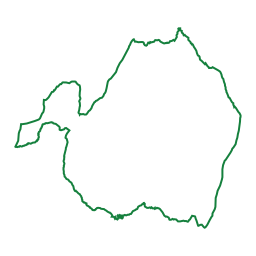 Saboyá, Boyacá, Colombia (Equal Earth projection)
{"feature_id": "7082276B63710886771215", "entity_name": "Saboyá", "entity_type": "district", "adm_level": 2, "iso_a3": "COL", "parent_name": "Colombia", "parent_adm1": "Boyacá", "projection": "equal_earth", "projection_center": [-73.781, 5.705], "detail": "fine", "context": "isolated", "style": "outline", "palette": "green", "viewbox_px": 256, "rotation_deg": 0, "n_neighbors": 0, "source": "geoboundaries", "source_scale": "gbopen_adm2", "svg_char_len": 5741}
<svg xmlns="http://www.w3.org/2000/svg" viewBox="0 0 256 256"><path d="M240.2,117.8L240.5,117.2L240.6,115.8L240.5,115.2L239.6,113.3L238.4,112.0L236.0,108.1L234.7,106.6L234.2,107.1L233.7,105.4L233.3,104.8L233.3,103.2L232.1,102.3L231.6,101.6L229.7,98.0L229.3,97.6L228.7,97.5L228.4,97.0L228.0,95.5L226.8,92.6L226.4,92.0L226.4,91.0L225.6,89.1L225.6,87.4L225.0,85.7L224.9,84.2L224.0,81.9L223.3,78.9L222.4,77.9L221.9,76.6L221.5,74.6L220.5,72.3L219.9,71.5L218.3,70.4L212.6,67.2L211.7,67.9L209.0,68.0L208.5,66.9L207.7,66.4L205.6,63.2L204.9,64.2L201.5,60.7L200.3,59.9L200.0,59.4L199.5,56.6L199.0,56.0L198.0,55.5L197.7,55.0L196.9,53.0L196.4,50.9L195.2,48.8L193.9,46.9L192.8,44.5L192.4,44.2L191.9,44.4L191.6,43.5L190.8,43.3L190.5,42.1L188.3,39.8L188.4,37.8L185.0,35.5L184.8,35.0L183.7,35.3L183.1,33.5L182.3,33.2L181.7,32.0L181.8,30.9L180.0,30.2L179.9,30.0L180.2,29.3L180.2,28.3L178.7,28.3L178.3,28.7L178.6,29.7L178.7,30.7L177.5,32.1L177.3,32.7L177.5,33.8L176.5,35.2L176.8,37.0L174.5,40.8L173.4,39.9L171.7,41.0L170.0,41.2L169.3,42.5L168.3,42.9L167.7,43.0L167.1,42.6L166.2,43.1L165.4,43.0L164.7,43.4L163.6,43.3L160.9,41.9L160.1,41.3L159.5,40.3L158.6,39.9L157.4,40.3L155.2,40.1L153.9,41.8L152.5,42.0L151.7,42.4L150.3,42.0L149.9,43.1L149.6,43.3L148.8,42.6L148.2,42.6L147.0,45.1L146.2,45.7L144.8,45.2L144.4,44.4L144.1,44.2L143.7,42.7L143.3,42.3L142.2,42.0L138.3,42.2L136.1,41.6L135.0,41.7L133.8,39.3L133.0,39.7L131.7,41.3L130.7,43.0L130.1,44.7L129.0,46.4L128.8,47.6L122.3,59.9L119.8,63.2L117.5,67.8L116.0,72.1L110.9,78.5L109.3,79.5L108.0,81.3L107.7,82.3L106.5,88.5L105.7,91.6L105.2,92.7L104.0,94.2L103.5,95.8L102.0,97.7L100.0,98.2L97.2,100.4L95.9,100.9L95.0,102.0L94.4,102.2L92.3,105.8L91.4,108.3L89.9,110.3L88.7,111.1L86.9,113.8L86.1,114.5L84.3,114.5L83.2,114.0L81.8,114.3L80.5,114.0L79.8,114.7L79.7,114.0L78.7,113.1L78.5,112.4L79.2,110.1L79.7,106.7L80.0,106.0L79.8,102.9L79.2,101.2L80.4,98.8L80.3,98.0L79.6,96.0L79.8,92.2L80.2,89.6L80.0,86.9L79.6,85.4L77.9,84.5L76.8,83.4L75.6,81.7L74.7,81.5L72.6,81.5L71.4,81.7L69.3,83.2L66.3,82.5L63.2,82.4L62.5,82.5L61.2,84.1L60.7,84.0L60.0,84.3L57.8,86.7L56.9,86.6L55.1,89.7L54.4,90.4L54.0,90.3L53.7,91.2L53.3,91.7L51.9,92.0L48.6,97.4L46.3,99.7L45.2,100.1L43.9,99.9L43.6,104.5L44.2,106.5L44.2,108.3L43.5,111.5L43.2,112.3L42.1,113.5L40.1,118.1L39.4,119.0L38.6,119.6L34.5,121.1L26.8,123.5L22.8,124.1L21.1,124.1L20.4,129.3L19.5,131.1L18.8,133.3L18.2,140.8L15.4,146.7L15.9,147.0L16.4,146.8L17.3,147.1L18.3,146.7L19.1,146.8L19.6,146.2L20.1,146.0L21.2,146.5L22.2,146.4L22.7,146.2L22.9,145.9L24.3,145.7L24.5,145.4L26.0,145.1L26.7,144.4L27.5,144.4L27.8,144.1L27.7,143.6L27.9,143.4L28.4,143.5L28.7,143.2L30.8,143.7L32.7,142.7L35.1,142.4L36.1,141.3L36.8,141.2L36.9,140.5L37.5,140.3L37.4,139.8L37.6,139.5L38.3,139.2L38.5,137.7L38.9,137.1L38.7,136.1L38.3,135.4L38.6,134.7L38.3,134.5L38.5,133.8L38.3,133.4L38.7,133.1L38.7,132.4L39.0,131.8L39.5,131.6L40.2,130.8L40.3,129.7L40.5,129.5L40.6,128.9L41.2,128.4L41.4,127.4L42.0,126.8L42.3,125.1L42.7,124.3L43.6,124.3L44.4,123.7L44.9,123.8L45.9,123.1L47.6,123.2L51.3,122.2L52.1,122.6L52.6,122.5L53.4,123.4L55.8,123.9L59.3,126.7L59.7,127.5L59.6,129.5L59.7,129.8L60.4,130.1L61.2,130.2L64.1,129.3L64.8,128.3L66.1,128.0L69.4,130.4L67.0,133.5L66.0,135.5L65.5,137.6L65.6,138.0L66.5,138.6L66.8,139.1L67.6,142.2L66.4,146.7L65.9,147.8L65.8,149.3L64.5,154.4L64.1,156.2L64.4,156.9L64.2,157.6L64.1,159.7L63.7,160.3L63.6,161.5L64.4,163.4L64.1,165.0L63.8,165.6L63.9,166.9L63.5,167.6L63.5,169.7L63.8,171.2L63.8,173.6L64.4,174.8L64.6,176.6L65.4,177.3L66.4,178.9L68.3,179.7L69.4,181.3L71.4,182.7L72.5,185.1L73.3,186.1L73.9,188.9L74.8,190.8L75.1,191.0L75.8,190.8L76.1,191.4L76.6,191.5L78.5,193.5L79.9,194.3L80.3,195.2L81.2,196.2L81.3,197.0L81.8,197.6L81.9,199.1L82.2,199.4L82.4,200.1L82.2,200.9L82.6,201.4L83.8,202.5L84.4,202.4L84.5,202.7L86.5,203.4L86.5,203.8L86.2,203.9L86.2,204.2L86.8,205.4L88.5,206.2L89.1,206.8L89.7,206.9L90.0,207.8L91.6,208.6L92.4,209.9L93.2,210.2L94.1,210.0L94.6,210.2L95.5,209.7L95.8,209.0L96.5,208.6L96.9,208.1L98.0,207.8L100.2,208.1L101.1,208.8L104.0,209.1L105.3,210.1L106.5,210.7L107.3,211.5L108.9,212.4L109.9,212.6L110.3,213.2L111.0,213.5L112.3,215.5L112.3,215.9L111.8,216.7L114.1,216.9L115.0,218.8L115.3,218.5L115.4,217.4L115.6,217.1L116.0,218.7L117.4,219.5L117.8,219.1L118.2,217.8L118.1,216.3L117.7,215.7L118.0,215.2L118.5,215.5L119.9,217.7L120.8,216.7L120.4,215.3L121.4,215.7L122.0,216.6L121.3,217.7L121.4,218.0L121.5,218.3L122.1,218.5L122.7,217.9L122.9,217.1L122.2,215.8L122.2,215.5L123.9,215.5L124.2,215.1L124.8,214.9L126.1,215.4L128.1,214.6L128.9,214.8L130.1,214.0L131.1,213.9L132.8,211.2L135.5,209.9L136.1,209.3L137.0,209.1L137.3,208.9L138.2,206.7L139.9,205.7L141.3,205.3L142.3,204.1L143.0,204.0L143.4,203.6L143.6,203.0L144.0,202.9L144.8,203.9L144.6,205.1L144.9,206.5L147.1,207.9L148.3,207.9L149.9,207.4L150.8,208.1L151.5,207.3L152.8,208.4L153.7,208.3L154.3,208.6L154.8,208.0L154.9,208.4L155.2,208.1L155.7,208.6L157.0,207.8L158.1,208.3L158.6,208.2L159.9,209.0L162.6,212.4L164.3,215.6L165.8,216.7L166.7,216.5L168.7,217.6L169.2,218.8L169.3,219.5L169.8,219.8L171.1,219.7L172.6,218.9L173.5,219.5L174.1,219.2L176.2,219.5L178.0,221.4L180.1,221.4L183.4,220.7L184.8,221.1L186.1,221.0L187.5,221.7L187.9,221.7L188.3,221.4L188.9,220.2L189.9,219.5L192.1,215.8L194.6,216.3L195.1,216.5L195.7,218.7L196.5,220.6L198.1,225.7L198.5,225.8L200.4,224.8L201.8,224.7L204.0,227.3L204.7,227.7L205.6,227.1L207.3,224.8L209.8,219.9L211.5,216.9L212.4,215.8L212.5,213.4L214.7,209.3L215.4,206.9L215.7,197.9L216.8,194.4L217.6,190.8L220.1,185.6L221.9,179.5L222.4,177.2L222.4,169.3L223.1,165.1L224.7,160.7L225.7,159.8L230.4,152.7L231.8,150.2L232.3,148.7L233.5,147.4L235.6,144.2L236.5,140.1L237.3,137.8L237.9,134.1L238.8,130.6L240.0,121.6L240.2,117.8Z" fill="none" stroke="#15803d" stroke-width="2"/></svg>